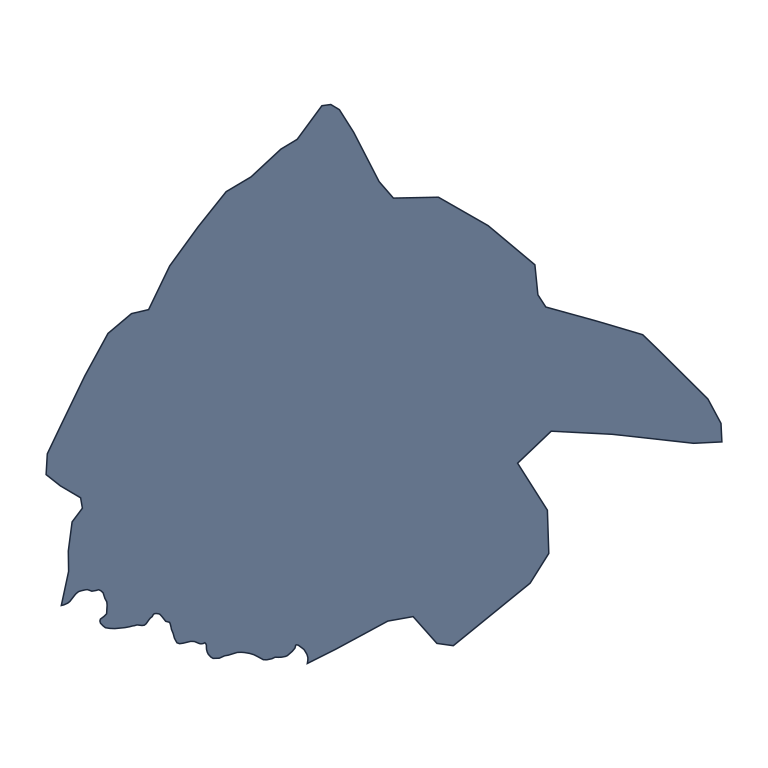 San Antonio, Salto, Uruguay (orthographic projection)
{"feature_id": "84410073B94997930577424", "entity_name": "San Antonio", "entity_type": "district", "adm_level": 2, "iso_a3": "URY", "parent_name": "Uruguay", "parent_adm1": "Salto", "projection": "orthographic", "projection_center": [-57.814, -31.368], "detail": "fine", "context": "isolated", "style": "filled", "palette": "slate", "viewbox_px": 768, "rotation_deg": 0, "n_neighbors": 0, "source": "geoboundaries", "source_scale": "gbopen_adm2", "svg_char_len": 1954}
<svg xmlns="http://www.w3.org/2000/svg" viewBox="0 0 768 768"><path d="M307.3,663.5L335.6,649.3L387.8,621.1L413.1,616.6L436.9,643.4L453.3,645.7L530.1,583.2L548.8,553.4L547.4,510.2L517.6,463.2L551.2,431.2L612.3,434.3L693.6,443.3L721.9,441.9L721.0,423.4L707.9,399.0L658.5,350.0L642.7,334.7L597.1,321.2L545.8,307.0L537.9,294.8L534.9,264.8L488.2,225.7L438.4,197.2L393.4,198.1L379.1,181.6L353.7,132.3L339.4,109.7L330.8,104.5L321.9,105.7L297.2,139.3L280.9,149.1L251.0,176.9L226.2,191.6L198.1,226.8L169.7,265.9L148.6,309.6L131.5,313.6L108.0,333.4L84.8,375.9L61.3,424.5L47.3,453.8L46.1,474.6L60.4,485.9L80.6,497.8L82.4,508.2L72.1,521.9L68.3,551.0L68.6,571.4L61.3,605.5L63.8,604.9L67.8,603.1L69.9,601.4L73.4,596.9L74.8,595.1L76.1,593.6L78.6,591.6L81.1,590.8L85.4,589.8L87.4,589.6L89.5,590.3L91.8,591.2L96.0,590.5L98.6,589.7L100.8,590.7L103.1,592.8L104.9,598.4L106.8,601.9L107.1,605.2L106.6,613.8L104.0,616.4L100.4,619.1L99.9,621.0L100.5,623.2L103.0,625.8L105.4,627.7L109.8,628.4L114.8,628.6L125.0,627.6L129.8,626.7L132.7,625.9L134.4,625.7L137.0,624.9L142.0,625.5L144.3,625.2L146.1,623.8L149.0,619.7L150.3,618.1L152.2,616.6L153.2,614.7L154.3,613.7L156.2,613.5L158.7,613.8L159.9,614.3L162.0,616.6L165.7,621.3L169.5,622.3L170.2,623.7L171.1,627.4L171.4,629.2L173.2,633.6L174.4,638.1L175.6,640.4L177.0,642.8L179.6,643.7L183.1,643.2L190.5,641.4L192.1,641.4L194.2,641.5L194.7,641.6L198.7,643.3L200.2,643.8L201.7,643.8L203.3,643.5L204.8,642.7L205.9,643.9L206.4,645.3L206.4,647.3L206.5,649.3L207.2,652.0L208.3,654.3L210.8,657.0L213.1,658.4L219.3,658.2L224.6,655.8L228.2,655.2L237.3,652.4L241.4,652.3L244.2,652.5L244.9,652.6L249.6,653.4L253.9,654.7L258.2,656.9L263.3,659.7L266.8,659.8L272.0,658.7L275.1,657.2L278.5,657.3L281.5,657.2L285.6,656.4L287.4,655.6L292.2,651.4L294.9,648.2L295.5,646.1L295.6,645.3L296.5,644.8L298.3,645.2L301.8,647.8L304.0,649.5L305.5,651.9L307.0,654.5L307.9,657.7L307.8,660.5L307.3,663.5Z" fill="#64748b" stroke="#1e293b" stroke-width="1.5"/></svg>